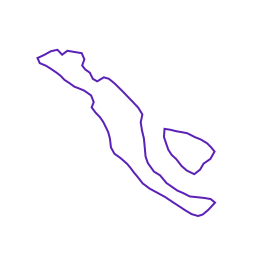 Cabedelo, Paraíba, Brazil, rotated 127°
{"feature_id": "56859067B69424996803869", "entity_name": "Cabedelo", "entity_type": "district", "adm_level": 2, "iso_a3": "BRA", "parent_name": "Brazil", "parent_adm1": "Paraíba", "projection": "mercator", "projection_center": [-34.848, -7.032], "detail": "fine", "context": "isolated", "style": "outline", "palette": "violet", "viewbox_px": 256, "rotation_deg": 127, "n_neighbors": 0, "source": "geoboundaries", "source_scale": "gbopen_adm2", "svg_char_len": 1251}
<svg xmlns="http://www.w3.org/2000/svg" viewBox="0 0 256 256"><g transform="rotate(127 128 128)"><path d="M102.1,177.8L109.3,180.7L109.9,185.7L106.8,191.8L107.0,197.4L105.7,202.2L99.4,204.2L96.1,210.0L99.4,216.3L102.8,222.9L109.1,224.7L108.0,231.4L113.1,235.8L120.3,239.0L126.6,242.4L129.3,237.5L127.6,230.8L127.1,224.5L126.8,218.2L126.9,213.2L127.8,207.7L127.4,201.6L127.3,195.8L125.8,190.6L124.5,185.5L124.2,177.1L127.9,171.0L133.4,169.4L135.2,163.4L136.2,157.1L138.1,151.3L143.1,141.5L147.3,136.1L153.8,129.9L156.7,123.4L156.5,115.8L157.2,106.9L158.5,101.5L160.0,96.5L161.1,91.6L163.4,82.9L163.4,74.4L162.4,67.8L160.8,57.0L160.3,48.1L159.8,41.0L159.3,32.9L158.5,25.4L156.2,19.2L152.2,16.3L145.0,14.6L135.2,13.6L135.0,19.2L137.8,24.7L145.5,37.5L146.7,44.4L148.3,51.1L148.8,64.2L146.5,73.9L147.2,81.0L144.1,91.0L140.2,96.8L132.6,103.7L126.9,108.9L121.4,115.5L115.9,121.2L108.5,124.7L105.7,131.8L104.4,139.0L102.0,154.3L100.5,165.2L100.2,172.9L102.1,177.8ZM103.1,43.6L94.7,44.7L93.4,50.1L92.6,55.5L93.4,63.2L95.0,68.9L96.5,77.5L98.6,81.8L101.8,88.1L103.9,93.1L106.7,98.3L113.5,93.9L117.7,87.8L121.1,82.7L123.2,77.0L123.8,70.8L126.1,62.3L126.6,55.5L125.0,47.3L118.0,45.4L110.9,46.2L103.1,43.6Z" fill="none" stroke="#5b21b6" stroke-width="2"/></g></svg>